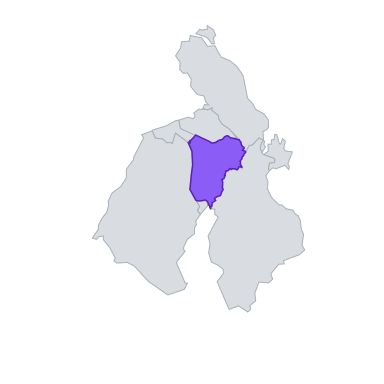 Iraq shown with its bordering countries, rotated 56°
{"feature_id": "IRQ", "entity_name": "Iraq", "entity_type": "country or territory", "adm_level": 0, "iso_a3": "IRQ", "parent_name": "Asia", "parent_adm1": "", "projection": "robinson", "projection_center": [44.579, 33.218], "detail": "fine", "context": "with_neighbors", "style": "filled", "palette": "violet", "viewbox_px": 384, "rotation_deg": 56, "n_neighbors": 7, "source": "natural_earth", "source_scale": "50m", "svg_char_len": 6406}
<svg xmlns="http://www.w3.org/2000/svg" viewBox="0 0 384 384"><g transform="rotate(56 192 192)"><path d="M123.8,165.3L125.1,162.7L132.9,166.0L147.0,157.0L149.6,167.3L134.0,172.8L140.9,181.2L138.5,182.6L137.3,185.4L131.8,186.6L126.9,192.2L119.0,190.9L118.7,189.7L122.7,176.2L123.8,165.3Z" fill="#d9dde1" stroke="#a8b0b8" stroke-width="1"/><path d="M212.0,185.7L215.3,197.7L210.2,197.9L208.4,193.9L202.0,193.1L207.2,185.0L212.0,185.7Z" fill="#d9dde1" stroke="#a8b0b8" stroke-width="1"/><path d="M216.2,186.1L212.2,181.7L212.1,177.2L209.9,177.2L211.0,171.1L207.3,164.7L198.6,160.1L193.7,152.1L195.3,145.5L198.8,142.6L198.2,137.7L193.6,135.2L185.3,118.5L186.7,115.9L184.5,106.2L189.2,103.8L190.3,107.0L193.8,110.9L198.5,112.0L201.0,111.7L209.1,105.6L211.7,104.9L213.7,107.4L211.4,111.6L215.8,115.9L217.5,115.5L219.8,121.7L226.4,123.5L231.3,127.7L241.2,129.1L252.0,126.9L252.6,124.9L258.6,123.3L263.4,118.5L268.0,118.8L271.0,117.2L275.9,118.0L283.8,122.2L289.4,123.1L297.7,130.6L303.0,130.9L304.0,137.9L300.1,154.5L303.2,155.8L300.4,160.4L303.9,172.4L309.4,173.9L310.2,179.3L304.1,186.9L310.9,196.4L317.9,200.1L318.4,207.5L321.9,208.9L322.7,212.8L312.5,217.1L310.1,226.9L280.3,221.3L276.9,211.0L273.5,209.5L268.0,211.0L260.8,215.1L251.9,212.3L244.6,205.8L237.6,203.4L227.3,184.2L223.4,185.6L218.9,182.8L216.2,186.1Z" fill="#d9dde1" stroke="#a8b0b8" stroke-width="1"/><path d="M125.1,162.7L127.8,153.3L131.8,150.1L130.7,146.8L127.5,146.4L127.1,139.9L132.7,132.8L133.3,128.1L135.5,129.8L143.2,127.4L146.9,129.0L152.6,129.0L160.6,125.8L172.3,124.7L168.7,129.9L164.8,132.0L165.4,138.1L162.7,148.3L132.9,166.0L125.1,162.7Z" fill="#d9dde1" stroke="#a8b0b8" stroke-width="1"/><path d="M189.1,125.2L185.8,126.6L183.3,124.5L175.3,123.4L160.6,125.8L152.6,129.0L146.9,129.0L143.2,127.4L135.5,129.8L133.3,128.1L132.7,132.8L128.9,136.5L126.5,132.7L129.2,129.5L124.9,130.3L119.2,128.3L114.2,133.1L103.6,134.1L98.1,129.6L90.7,129.3L88.9,132.8L84.0,133.8L77.5,129.3L69.9,129.5L66.3,121.1L61.6,116.5L65.4,109.9L61.3,105.9L69.5,97.9L80.0,97.6L83.4,91.3L96.3,92.4L104.7,87.0L112.8,84.6L124.0,84.5L145.3,93.5L153.3,92.3L159.1,93.0L167.2,88.7L174.5,88.3L181.0,92.3L182.1,95.3L181.5,99.3L189.2,103.8L184.5,106.2L186.7,115.9L185.3,118.5L189.1,125.2ZM62.5,86.2L69.6,83.6L75.4,84.7L76.0,87.9L81.7,90.6L80.3,92.7L72.2,93.1L63.0,100.2L61.4,94.6L63.1,93.6L65.6,88.4L62.5,86.2Z" fill="#d9dde1" stroke="#a8b0b8" stroke-width="1"/><path d="M198.4,87.1L202.1,86.2L206.8,91.3L209.8,91.9L214.9,86.4L222.2,96.7L225.4,97.1L227.5,99.3L221.9,100.0L219.7,109.4L217.2,111.4L217.5,115.5L215.8,115.9L211.4,111.6L213.7,107.4L211.7,104.9L209.1,105.6L201.0,111.7L200.8,105.9L194.8,102.3L196.7,99.6L193.1,96.8L194.5,94.7L190.4,91.0L192.1,89.7L200.9,92.6L201.8,91.6L198.4,87.1ZM198.5,112.0L193.8,110.9L190.3,107.0L189.2,103.8L190.7,103.6L192.7,105.9L195.7,105.8L198.5,112.0Z" fill="#d9dde1" stroke="#a8b0b8" stroke-width="1"/><path d="M119.0,190.9L126.9,192.2L131.8,186.6L137.3,185.4L138.5,182.6L140.9,181.2L134.0,172.8L149.6,167.3L158.1,169.6L168.7,175.5L188.7,192.4L208.4,193.9L210.2,197.9L215.3,197.7L218.1,204.9L221.7,206.8L223.0,209.8L227.9,213.3L228.7,222.4L232.9,229.6L235.1,231.3L237.1,230.7L241.7,244.4L263.6,248.6L265.0,246.9L268.4,252.8L263.9,269.6L242.0,278.1L221.0,281.3L214.2,285.1L209.0,293.9L205.5,295.3L203.7,292.5L192.4,291.3L182.0,292.2L179.0,290.0L177.0,294.2L177.8,297.7L174.5,300.4L170.8,290.9L167.1,287.9L163.2,280.8L161.2,274.0L156.1,268.2L152.9,266.8L148.1,258.8L147.7,247.9L143.6,238.6L136.4,233.6L132.5,222.5L130.4,220.6L120.0,201.8L116.4,201.8L119.0,190.9Z" fill="#d9dde1" stroke="#a8b0b8" stroke-width="1"/><path d="M172.3,125.7L173.0,125.5L174.3,124.5L175.0,123.6L175.9,123.8L176.4,123.9L177.5,123.5L178.1,123.7L178.6,123.9L178.9,124.0L180.4,124.6L180.7,124.6L181.5,124.7L182.6,124.7L183.3,124.3L183.8,124.0L184.2,124.0L184.5,124.1L184.8,124.2L185.1,124.5L185.2,124.9L185.1,126.2L185.3,126.5L185.7,126.8L186.0,126.5L186.5,126.1L187.2,125.7L187.7,125.3L188.0,125.1L188.4,125.1L188.8,125.2L189.1,125.4L189.1,125.5L189.3,126.1L189.9,128.3L190.2,128.6L190.6,128.8L190.8,129.1L190.9,129.5L190.9,130.0L190.9,130.6L191.1,131.0L191.3,131.4L191.5,131.6L191.8,131.6L192.1,131.7L192.4,132.0L193.1,134.5L193.2,134.9L193.5,135.0L194.1,134.9L194.6,135.2L195.2,135.6L195.8,136.4L196.1,136.5L197.3,136.4L198.9,136.5L199.6,136.9L199.5,137.1L199.0,137.4L198.0,137.7L197.7,138.3L197.5,139.0L197.5,139.4L197.8,139.8L198.5,140.7L198.5,141.0L198.7,141.4L198.8,141.7L198.7,142.3L198.0,142.7L197.2,143.1L195.5,145.1L195.3,145.5L195.4,146.6L195.2,147.0L194.7,147.0L194.2,146.9L194.2,147.3L193.9,147.8L193.8,148.3L194.4,149.4L194.5,150.0L194.4,150.5L193.9,151.4L193.5,152.0L194.1,152.4L195.5,154.4L195.9,155.1L196.5,155.0L196.9,155.1L197.0,155.3L197.0,155.6L196.9,156.1L197.6,156.3L197.9,156.7L198.8,158.3L198.8,158.8L198.4,159.5L198.4,160.0L198.5,160.4L198.6,160.6L199.9,160.6L200.5,160.8L201.8,161.6L203.4,162.8L204.7,163.9L205.8,164.7L206.9,164.6L207.2,164.8L207.5,165.1L207.9,165.8L208.5,167.4L209.1,167.9L210.0,169.2L210.8,170.4L210.3,172.0L209.8,173.7L209.8,175.9L209.8,177.0L210.9,177.1L212.2,177.1L212.2,178.5L212.2,179.9L212.2,181.6L212.6,181.6L213.2,182.0L213.5,182.5L213.8,182.8L214.1,182.8L214.5,183.1L214.9,183.5L215.0,183.9L214.9,184.1L215.0,184.5L215.3,185.2L215.6,185.4L216.1,185.8L215.4,186.0L214.7,185.8L213.2,185.1L212.7,185.1L212.1,185.4L212.0,185.6L210.4,184.8L209.8,184.7L209.6,184.7L208.7,184.7L207.4,184.8L206.6,185.1L206.1,185.5L205.9,185.8L205.8,186.0L205.4,187.0L204.9,188.2L204.4,189.4L203.4,191.0L202.9,191.7L201.7,193.1L200.5,193.4L197.6,193.1L194.3,192.8L191.1,192.5L188.7,192.3L188.6,192.2L186.2,190.2L184.3,188.7L182.0,186.7L179.6,184.8L177.2,182.8L175.5,181.3L173.4,179.4L171.5,177.7L170.0,176.4L168.0,175.2L166.5,174.3L164.3,172.9L162.5,171.9L161.0,170.9L158.7,169.5L157.9,169.2L155.5,168.7L153.2,168.3L150.9,167.9L149.3,167.6L150.3,166.6L150.0,165.7L149.3,165.8L148.6,166.1L148.2,164.7L148.7,164.5L148.2,162.7L147.8,160.8L147.3,158.9L146.8,157.1L148.8,155.9L150.3,155.0L152.5,153.8L154.5,152.5L156.4,151.4L158.5,150.1L160.4,149.0L162.2,148.5L162.5,148.2L163.3,146.6L164.0,145.3L164.1,145.0L164.1,143.2L164.2,141.0L164.5,139.8L164.9,138.8L165.2,138.0L165.3,137.3L165.2,136.6L164.9,135.5L164.5,134.4L164.6,133.3L164.6,132.7L164.9,131.8L165.3,131.1L165.7,130.7L167.4,130.2L168.3,130.0L169.6,128.8L170.4,128.1L171.5,126.9L172.3,126.1L172.3,125.8L172.3,125.7Z" fill="#8b5cf6" stroke="#5b21b6" stroke-width="1.5"/></g></svg>